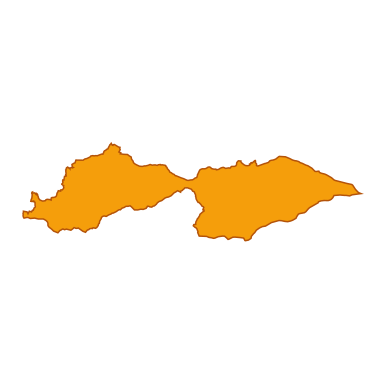 Chiheru De Jos, Mures, Romania
{"feature_id": "2599482B61641912975673", "entity_name": "Chiheru De Jos", "entity_type": "district", "adm_level": 2, "iso_a3": "ROU", "parent_name": "Romania", "parent_adm1": "Mures", "projection": "mercator", "projection_center": [24.944, 46.698], "detail": "fine", "context": "isolated", "style": "filled", "palette": "amber", "viewbox_px": 384, "rotation_deg": 0, "n_neighbors": 0, "source": "geoboundaries", "source_scale": "gbopen_adm2", "svg_char_len": 5920}
<svg xmlns="http://www.w3.org/2000/svg" viewBox="0 0 384 384"><path d="M57.9,232.8L59.9,230.5L60.9,230.1L62.4,229.1L63.3,229.1L64.5,229.7L66.4,229.1L70.9,230.2L72.7,228.9L74.1,227.6L76.0,228.4L77.2,228.3L78.3,228.0L82.9,231.3L85.5,232.3L87.3,230.1L87.9,229.8L88.6,229.8L89.7,228.7L91.8,228.4L92.4,228.6L92.5,228.5L92.3,228.2L93.4,227.8L95.6,228.3L96.8,227.5L98.1,225.7L98.6,223.9L99.3,223.3L99.7,221.1L101.2,218.6L101.4,217.6L102.4,216.6L103.4,216.1L104.5,216.0L106.0,216.4L106.5,216.3L108.5,215.0L111.1,214.0L112.0,213.2L113.2,213.1L116.3,211.6L118.2,210.2L119.3,209.7L120.4,209.8L122.0,208.2L124.3,207.4L125.8,206.4L126.4,206.3L128.1,206.3L130.1,205.8L131.4,206.8L134.4,209.9L137.9,209.9L140.8,209.2L143.2,209.4L146.2,208.3L146.5,207.6L147.0,207.2L147.4,206.3L148.0,206.2L149.2,206.5L149.9,206.9L151.8,207.1L153.0,206.2L154.4,205.9L156.3,204.3L157.4,202.8L159.1,201.5L161.7,200.6L165.1,198.0L166.6,197.4L168.5,197.0L171.2,195.7L174.1,192.8L175.7,192.0L177.6,190.7L180.6,192.2L180.8,191.1L182.4,190.4L182.8,189.8L183.8,189.1L184.8,187.9L187.5,187.8L191.5,189.3L192.6,191.1L194.1,191.7L195.6,195.0L195.6,196.6L195.9,197.1L196.1,198.9L197.1,200.8L198.1,202.4L199.0,202.5L201.1,204.7L201.8,206.0L203.3,206.7L203.8,207.5L203.3,208.4L203.4,209.1L203.0,209.4L202.9,209.8L203.8,209.9L204.1,211.0L202.5,212.1L200.0,214.3L199.5,215.9L197.7,218.6L197.4,218.7L196.8,220.2L196.0,221.6L195.6,223.5L195.7,224.4L193.8,224.6L193.3,225.8L195.1,227.4L196.2,227.9L196.3,228.2L196.8,228.7L198.0,231.8L197.7,232.6L199.2,236.1L206.7,236.4L208.9,237.4L211.7,237.8L213.4,238.3L214.9,238.1L218.2,236.7L222.6,236.1L224.5,236.2L226.5,237.8L228.0,239.4L228.7,239.3L232.8,237.2L235.1,237.1L240.5,237.6L243.3,238.0L243.8,238.3L244.9,240.5L245.4,240.7L248.4,240.1L251.0,238.4L251.4,236.3L253.7,233.5L254.5,232.9L255.6,231.4L256.2,230.3L259.6,227.9L262.4,226.6L265.5,226.1L271.4,222.6L279.0,220.5L281.6,220.7L284.8,221.4L287.7,221.7L290.6,221.0L292.7,220.2L296.0,218.3L296.7,216.7L298.4,214.1L299.7,213.6L304.4,212.7L305.9,211.7L308.0,209.2L309.5,207.7L318.1,202.8L318.5,201.8L320.9,200.9L324.1,200.5L328.2,200.6L330.1,200.0L331.4,199.2L332.8,197.7L334.0,195.5L340.0,195.0L344.5,195.4L346.1,195.4L349.7,195.9L352.1,194.8L361.0,193.6L359.0,192.8L358.0,192.1L355.4,189.3L352.7,185.2L351.8,184.5L346.7,183.4L335.0,180.4L334.0,179.9L331.5,177.7L326.6,174.9L324.8,174.1L321.2,173.2L319.4,172.4L318.9,171.2L318.1,171.2L316.7,171.5L315.0,171.4L311.9,168.2L307.8,165.7L305.8,165.1L302.4,163.4L300.1,162.6L298.8,161.6L296.5,160.9L294.9,160.7L292.5,160.0L289.6,158.5L285.5,156.8L279.3,156.4L278.6,156.8L275.7,159.1L273.3,160.0L270.9,160.4L269.7,160.9L268.5,162.4L265.2,163.5L264.8,163.5L258.0,166.0L257.1,165.9L256.5,165.5L256.6,164.1L255.3,162.3L255.6,161.1L255.3,160.5L254.8,160.6L252.1,163.0L251.5,162.6L250.9,162.8L250.8,163.5L250.5,164.0L249.6,164.0L249.7,165.0L249.4,165.3L247.8,165.7L245.8,165.6L244.5,165.1L241.9,163.1L240.8,161.7L240.9,161.0L238.4,160.8L237.6,161.5L236.7,162.8L236.6,164.2L236.4,165.0L235.9,165.8L234.5,166.4L231.7,166.4L231.2,166.7L230.5,167.5L230.4,167.9L229.9,168.1L228.6,167.9L225.6,168.4L223.6,167.4L222.3,167.5L220.6,168.1L219.1,169.1L218.2,169.5L216.3,169.8L215.9,169.1L214.0,169.2L211.4,168.5L210.8,167.6L209.7,167.0L208.1,167.1L206.2,168.4L204.7,168.8L202.2,168.8L200.2,169.6L199.5,170.5L197.7,174.4L197.4,174.9L197.4,175.8L196.7,177.5L194.8,178.2L193.9,179.0L192.6,179.8L190.2,180.0L188.8,180.4L187.1,180.3L183.7,178.7L181.0,177.8L176.2,175.8L175.3,175.7L174.1,174.4L172.6,173.8L171.2,172.7L169.8,172.1L169.6,171.8L169.6,171.5L169.1,170.6L167.4,168.7L166.9,167.3L165.8,166.4L165.8,165.7L165.2,165.3L162.2,164.8L160.9,165.0L160.6,164.6L160.3,164.5L158.2,164.8L157.2,165.4L155.2,164.9L153.4,165.0L152.3,165.2L150.1,164.5L148.2,165.3L145.2,166.0L144.3,165.9L142.6,166.4L141.8,166.4L139.5,166.2L136.5,164.8L134.9,163.9L133.7,162.9L133.3,162.2L133.1,161.2L131.8,159.5L131.5,158.9L131.2,157.2L130.9,156.7L129.7,156.2L127.5,154.5L123.4,154.3L120.3,153.8L120.8,152.8L118.9,152.0L120.2,149.7L119.7,148.7L120.0,147.7L120.0,147.3L118.7,147.1L114.4,144.5L113.3,144.7L113.0,145.4L112.4,145.3L112.1,145.0L111.2,143.3L110.6,144.2L109.9,144.7L109.8,145.1L108.3,147.8L108.1,148.7L106.5,149.4L105.7,150.3L104.5,150.8L103.9,151.6L103.6,152.8L103.1,153.4L102.9,154.2L101.6,154.1L97.1,155.8L96.0,155.6L93.9,155.9L92.9,155.6L90.8,156.0L90.0,157.0L86.9,158.5L84.8,159.0L83.1,160.2L75.9,160.1L75.0,162.9L74.0,163.2L72.0,164.4L71.9,164.8L72.3,166.1L72.2,166.7L72.4,167.0L73.3,167.5L72.4,167.9L71.8,167.6L71.1,167.6L70.1,168.1L70.0,168.8L69.7,168.3L69.2,168.3L69.0,167.8L67.9,167.7L67.5,167.4L67.5,167.2L66.8,167.6L66.4,168.0L66.0,169.7L65.7,170.0L65.9,170.4L65.8,172.0L66.1,172.9L66.0,174.6L65.8,174.6L66.1,175.5L65.7,175.5L65.8,176.2L64.5,176.4L63.9,180.0L62.9,179.9L62.8,180.8L62.6,181.0L62.9,182.1L62.8,182.8L62.7,183.1L61.8,184.0L61.8,184.3L63.0,185.3L63.6,185.5L63.4,186.1L63.8,187.8L63.5,188.3L62.7,189.5L62.2,189.9L61.8,189.8L60.6,190.0L60.6,191.1L58.3,190.7L57.7,192.2L57.0,193.2L56.8,194.7L56.2,196.3L55.3,197.0L52.7,197.6L52.2,197.4L51.3,197.9L51.1,198.5L51.2,198.9L51.1,200.1L49.9,199.6L47.1,199.3L45.9,199.8L45.3,200.7L42.7,201.1L40.1,200.1L38.6,198.4L38.2,196.7L37.7,195.5L37.6,194.6L37.0,193.8L36.4,193.3L36.2,193.4L36.3,193.9L36.8,194.1L37.0,194.7L36.9,194.8L36.4,194.8L34.8,192.9L32.8,193.0L32.4,192.6L32.5,192.0L32.0,192.2L31.7,193.1L32.2,194.6L32.0,196.8L31.8,198.2L31.2,199.5L30.8,201.3L31.8,201.5L33.3,201.0L33.5,201.2L33.5,201.6L34.1,201.4L34.2,201.8L35.0,202.3L35.1,205.7L35.3,206.2L35.3,206.6L35.0,207.4L34.2,207.9L33.3,210.2L32.9,210.4L32.7,210.2L32.3,210.4L31.5,211.9L29.3,211.2L28.0,213.8L27.1,211.9L23.4,211.2L23.4,212.4L23.0,213.4L23.2,214.3L23.1,215.0L23.1,215.9L23.4,217.1L23.7,217.7L24.0,218.1L27.1,217.4L28.4,217.6L30.3,218.5L34.6,218.1L38.3,219.0L43.4,219.0L45.9,220.4L47.4,221.9L48.0,223.6L47.9,225.1L48.3,226.2L49.0,227.1L51.9,229.4L53.6,231.1L57.9,232.8Z" fill="#f59e0b" stroke="#b45309" stroke-width="1.5"/></svg>